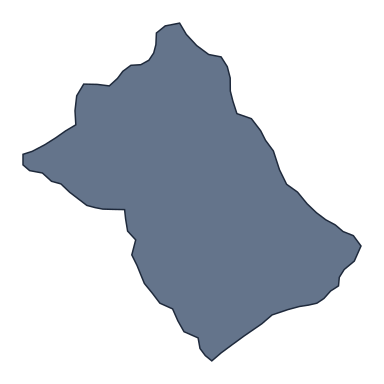 Ibirité, Minas Gerais, Brazil (orthographic projection)
{"feature_id": "56859067B8022676764882", "entity_name": "Ibirité", "entity_type": "district", "adm_level": 2, "iso_a3": "BRA", "parent_name": "Brazil", "parent_adm1": "Minas Gerais", "projection": "orthographic", "projection_center": [-44.071, -20.022], "detail": "fine", "context": "isolated", "style": "filled", "palette": "slate", "viewbox_px": 384, "rotation_deg": 0, "n_neighbors": 0, "source": "geoboundaries", "source_scale": "gbopen_adm2", "svg_char_len": 1148}
<svg xmlns="http://www.w3.org/2000/svg" viewBox="0 0 384 384"><path d="M208.7,54.5L196.7,45.6L186.3,34.4L179.6,23.1L165.2,25.9L156.4,33.0L155.9,44.6L153.7,53.0L148.9,60.2L140.8,64.7L130.9,65.3L122.8,71.3L117.5,78.4L109.3,85.9L97.4,84.4L83.7,84.1L76.7,95.8L75.0,110.7L75.8,124.8L65.7,130.8L55.6,137.9L44.5,144.9L32.1,151.4L23.0,154.3L23.0,164.9L29.6,170.6L42.4,173.0L51.5,181.3L60.9,183.9L69.7,192.3L86.8,205.4L95.1,207.6L102.8,209.1L113.8,209.4L124.6,209.6L125.6,218.9L127.6,231.1L135.7,239.9L131.8,254.9L137.1,265.6L140.5,274.0L144.4,283.5L152.0,292.8L159.9,303.2L172.6,308.9L177.9,320.9L184.0,331.7L198.1,337.9L200.0,348.5L205.3,355.6L211.8,360.9L221.1,352.9L232.0,344.8L244.2,335.9L254.8,328.6L261.9,323.7L272.1,314.9L287.9,309.6L299.4,306.5L308.5,305.1L316.9,303.2L323.9,298.5L330.6,291.0L338.5,285.9L339.3,277.3L344.2,269.5L354.3,261.1L361.0,246.0L353.4,235.7L343.0,231.5L335.4,225.0L325.8,219.8L316.4,212.7L307.1,203.8L297.5,192.1L286.6,184.3L279.5,169.8L273.4,151.0L265.5,140.3L260.7,130.8L251.4,118.7L236.9,113.6L232.9,101.2L230.3,91.0L230.2,78.0L227.3,66.7L221.1,56.9L208.7,54.5Z" fill="#64748b" stroke="#1e293b" stroke-width="1.5"/></svg>